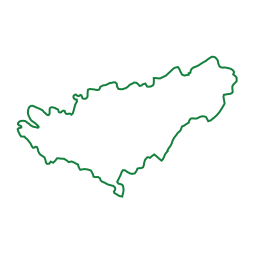 outline of Brahin, Gomel, Belarus, rotated 268°
{"feature_id": "67162791B77344314095023", "entity_name": "Brahin", "entity_type": "district", "adm_level": 2, "iso_a3": "BLR", "parent_name": "Belarus", "parent_adm1": "Gomel", "projection": "orthographic", "projection_center": [30.376, 51.651], "detail": "fine", "context": "isolated", "style": "outline", "palette": "green", "viewbox_px": 256, "rotation_deg": 268, "n_neighbors": 0, "source": "geoboundaries", "source_scale": "gbopen_adm2", "svg_char_len": 4060}
<svg xmlns="http://www.w3.org/2000/svg" viewBox="0 0 256 256"><g transform="rotate(268 128 128)"><path d="M173.7,111.4L172.7,109.6L172.2,108.4L171.7,107.2L171.5,105.3L171.3,104.1L170.7,103.0L170.0,101.7L168.5,101.2L167.4,100.4L167.0,99.1L167.2,97.6L167.7,95.6L168.0,93.5L168.3,91.2L167.7,89.4L166.4,89.1L164.2,88.8L162.5,88.8L160.3,88.5L159.1,87.2L158.6,86.1L158.9,84.2L159.7,83.3L161.0,83.1L161.9,82.7L162.4,82.4L162.7,81.5L161.8,80.6L161.7,79.4L162.0,78.4L163.1,77.4L163.2,76.2L162.1,74.8L160.8,74.5L159.4,75.0L158.3,76.3L158.2,77.8L156.1,77.9L155.1,77.1L154.1,76.6L152.8,75.9L151.5,75.6L149.6,74.9L147.5,74.4L145.8,73.7L144.5,73.3L143.3,71.9L144.1,71.0L144.5,70.0L144.2,68.7L144.1,67.9L144.2,66.9L145.0,66.1L146.0,65.7L147.3,65.2L147.6,64.4L147.4,63.2L146.2,61.9L145.9,61.0L145.9,60.4L146.2,59.6L147.0,59.2L148.1,59.0L148.9,58.7L149.3,58.1L149.6,57.0L150.4,56.2L150.9,54.6L151.4,53.2L151.3,51.9L150.7,50.8L149.8,50.4L148.2,50.3L147.0,50.2L145.5,50.2L144.3,49.8L143.7,49.1L143.7,48.7L143.9,47.7L144.6,46.9L145.6,46.0L146.6,44.8L148.5,43.3L149.3,42.1L150.3,40.3L151.2,38.3L151.9,36.8L152.9,34.9L153.6,33.0L153.4,31.6L152.5,30.2L151.6,29.6L149.3,28.8L147.3,28.5L146.6,28.5L145.0,28.7L143.6,29.2L142.1,29.9L140.7,30.4L139.6,31.1L138.4,32.2L137.3,33.7L136.3,35.1L134.3,37.2L132.8,38.6L131.8,38.6L131.4,38.1L132.0,35.9L132.6,33.2L133.4,31.8L134.4,30.4L135.8,29.1L136.6,27.9L137.7,26.6L138.5,25.6L138.9,23.4L138.8,21.2L138.2,19.7L136.9,18.4L135.7,18.2L134.6,18.9L134.3,19.8L133.9,20.9L132.9,21.5L132.2,21.3L131.9,20.0L131.6,18.7L130.7,17.7L128.4,18.2L126.8,19.0L125.0,19.7L123.2,21.0L123.0,24.2L121.6,25.3L120.0,27.1L117.5,28.9L115.5,30.3L112.9,31.3L111.5,32.5L111.6,33.5L112.5,34.9L112.1,36.3L110.3,37.1L107.9,37.5L106.0,38.3L104.5,39.4L103.1,41.3L101.7,43.4L98.8,44.4L96.4,44.8L95.0,45.8L95.1,48.1L97.1,49.5L95.9,52.0L98.0,54.3L100.1,55.9L100.2,57.2L99.7,59.9L99.5,62.9L97.5,65.9L96.0,67.5L96.5,70.4L95.3,73.1L94.2,74.8L93.2,76.8L91.1,77.2L89.1,78.1L87.9,78.8L88.2,80.9L88.5,82.8L88.0,86.1L86.9,89.3L85.1,90.4L82.7,91.4L80.6,91.8L80.0,93.9L80.1,96.3L78.7,98.3L76.6,98.8L75.2,100.3L74.0,103.1L72.5,105.4L71.7,107.6L70.6,111.4L68.7,113.1L66.7,113.0L65.0,111.7L63.5,112.1L62.5,113.8L61.2,115.6L60.2,117.3L59.7,119.8L61.5,120.3L64.5,121.2L67.5,121.4L70.6,120.9L71.6,120.0L72.3,118.2L72.7,116.5L74.5,115.3L77.1,116.7L80.2,118.4L81.8,119.2L84.3,120.2L86.1,121.6L85.7,123.8L84.1,125.7L82.6,128.4L82.0,130.3L82.4,133.2L85.3,135.3L87.1,136.0L87.5,137.9L87.4,139.6L88.2,141.7L90.2,142.5L93.3,143.1L95.8,144.1L98.0,146.2L98.0,147.8L97.4,148.9L99.2,151.1L100.6,153.3L99.1,155.1L96.5,157.8L94.2,160.4L95.7,161.9L100.9,164.4L103.5,166.8L103.8,166.5L106.1,167.8L108.4,169.6L111.2,171.3L113.3,171.9L116.4,173.6L119.5,176.2L121.3,177.5L123.5,180.2L126.4,181.5L127.6,182.0L128.4,184.1L130.3,187.1L131.2,188.9L133.1,189.4L135.1,190.8L135.4,192.5L135.1,195.1L135.1,197.1L136.6,200.4L137.1,202.5L136.9,204.8L136.1,206.4L133.8,207.6L132.0,208.4L132.6,210.7L135.4,214.5L137.6,217.1L140.5,219.8L142.8,221.4L145.5,223.2L148.6,225.2L149.6,225.4L154.0,224.7L156.2,224.5L157.8,225.0L158.3,228.3L158.5,230.5L158.8,232.1L159.8,233.7L161.4,233.9L162.9,233.7L165.9,233.7L167.7,234.7L169.2,236.4L170.9,238.2L174.6,238.3L176.0,237.2L177.9,235.0L180.2,236.0L182.0,235.0L183.5,232.9L184.5,229.7L185.1,226.8L185.1,223.8L186.1,221.8L189.2,220.5L192.2,220.1L194.2,218.8L195.6,217.5L196.1,216.0L196.3,214.4L195.1,212.1L193.6,209.8L192.3,208.1L191.0,205.5L189.7,203.2L188.3,201.1L186.8,197.6L186.3,195.7L184.9,193.7L183.2,192.7L180.9,192.2L180.6,190.5L179.1,190.5L178.8,188.2L178.5,186.2L179.3,184.1L181.9,182.6L184.9,181.5L187.2,180.0L186.7,177.4L185.9,175.6L182.3,171.5L179.0,167.7L176.4,161.7L176.6,159.8L176.9,157.6L177.0,155.5L174.1,155.5L171.3,155.2L170.0,154.7L168.8,152.6L168.5,150.5L168.8,148.5L171.8,146.9L171.1,144.2L170.0,142.9L169.6,141.1L171.4,139.7L172.9,138.0L173.2,135.7L172.2,133.9L171.1,131.2L169.6,129.7L168.1,127.6L167.0,124.0L167.0,122.0L167.5,119.7L170.1,118.4L172.5,118.4L174.1,116.8L174.1,115.0L173.5,111.9L173.7,111.4Z" fill="none" stroke="#15803d" stroke-width="2"/></g></svg>